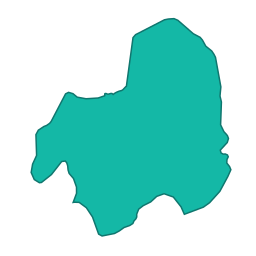 map outline of Zanjan (orthographic projection), rotated 86°
{"feature_id": "IRN-3234", "entity_name": "Zanjan", "entity_type": "Province", "adm_level": 1, "iso_a3": "IRN", "parent_name": "Iran", "parent_adm1": "", "projection": "orthographic", "projection_center": [48.438, 36.394], "detail": "fine", "context": "isolated", "style": "filled", "palette": "teal", "viewbox_px": 256, "rotation_deg": 86, "n_neighbors": 0, "source": "natural_earth", "source_scale": "10m", "svg_char_len": 1366}
<svg xmlns="http://www.w3.org/2000/svg" viewBox="0 0 256 256"><g transform="rotate(86 128 128)"><path d="M183.2,31.7L197.6,40.8L208.2,51.8L212.2,58.3L218.0,77.8L210.3,80.6L200.0,87.6L196.1,96.6L198.2,104.1L203.3,110.5L206.5,118.2L209.7,123.0L214.5,125.3L217.4,125.5L219.2,126.5L221.1,128.5L223.6,129.8L225.4,133.1L227.0,138.9L230.1,143.9L232.3,148.8L233.9,161.4L231.8,164.7L214.3,169.6L204.6,175.1L198.8,181.9L198.3,186.6L198.4,187.9L189.6,183.9L183.3,183.5L174.6,185.9L169.2,189.9L165.7,190.7L161.6,190.8L158.6,191.5L156.6,192.8L156.8,196.5L169.1,207.6L176.3,218.1L176.4,220.2L172.9,225.1L165.6,227.7L157.4,225.7L149.0,221.1L128.2,220.3L123.9,217.6L120.6,211.7L119.8,209.1L117.9,205.9L116.1,204.2L89.6,187.9L88.3,184.8L89.9,180.5L93.7,176.5L95.9,167.8L96.0,155.7L94.2,149.0L92.5,148.8L92.1,148.6L92.0,147.7L92.3,147.0L92.7,146.2L92.9,145.4L92.3,142.5L92.5,141.5L93.5,140.5L92.6,139.2L91.5,136.9L90.6,134.2L90.2,131.9L89.6,130.6L86.6,127.3L86.3,126.7L38.2,116.7L35.4,113.9L22.6,84.1L22.1,80.2L22.1,74.5L24.0,70.8L38.5,56.3L42.6,49.7L45.5,47.6L51.8,44.7L57.0,39.1L60.3,37.2L63.6,35.8L93.5,32.5L102.5,34.0L108.6,33.0L131.3,35.4L138.3,32.6L141.6,30.0L142.7,29.3L145.5,28.5L149.4,30.0L156.5,37.5L159.4,36.9L160.7,34.8L160.7,32.8L161.8,30.7L163.7,30.0L166.4,31.5L169.8,31.9L173.5,29.4L176.8,28.3L183.2,31.7Z" fill="#14b8a6" stroke="#0f766e" stroke-width="1.5"/></g></svg>